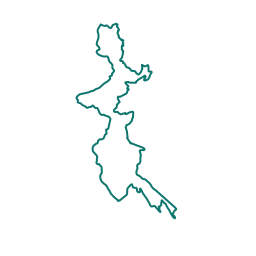 SVG path tracing the border of F.A.T.A., rotated 326°
{"feature_id": "PAK-1112", "entity_name": "F.A.T.A.", "entity_type": "Territory", "adm_level": 1, "iso_a3": "PAK", "parent_name": "Pakistan", "parent_adm1": "", "projection": "equal_earth", "projection_center": [70.829, 33.002], "detail": "fine", "context": "isolated", "style": "outline", "palette": "teal", "viewbox_px": 256, "rotation_deg": 326, "n_neighbors": 0, "source": "natural_earth", "source_scale": "10m", "svg_char_len": 5818}
<svg xmlns="http://www.w3.org/2000/svg" viewBox="0 0 256 256"><g transform="rotate(326 128 128)"><path d="M147.9,46.9L148.6,46.6L149.0,45.5L149.1,44.3L148.7,42.0L148.8,41.2L149.2,40.6L151.9,38.2L153.4,37.3L153.9,36.8L156.0,33.6L156.5,31.8L157.3,30.2L158.6,29.1L163.3,27.0L164.0,28.2L165.3,30.0L166.2,30.6L167.7,31.0L168.6,33.7L168.6,34.3L169.3,35.2L170.1,35.6L170.4,35.5L172.1,34.5L173.1,34.2L174.5,34.4L175.6,34.8L176.2,34.8L176.5,35.1L177.1,36.2L177.1,36.4L176.5,36.7L176.0,37.5L175.6,37.5L175.4,37.8L175.6,38.4L175.7,39.1L175.5,41.3L174.7,42.0L174.1,41.8L172.9,43.1L172.5,43.3L171.9,45.6L171.9,46.5L171.0,47.7L171.5,49.7L171.5,49.9L171.7,50.7L171.7,51.4L172.1,51.5L172.5,51.5L173.0,52.8L172.1,53.3L171.7,53.7L171.5,54.6L171.6,55.0L171.0,55.5L170.4,55.6L170.2,56.5L170.2,57.1L169.8,57.0L169.4,56.6L169.0,56.5L167.9,57.6L167.8,58.3L166.8,59.2L167.0,59.9L166.7,60.8L167.0,61.2L166.9,61.8L165.6,63.0L165.3,63.7L163.0,65.6L162.6,66.2L159.6,67.1L159.4,67.5L159.4,68.0L159.3,68.3L159.6,68.6L160.2,68.9L160.8,69.4L160.9,70.4L160.4,71.0L160.3,71.3L160.9,72.1L161.1,73.4L161.1,73.9L160.8,74.9L160.7,75.9L160.9,76.5L161.1,77.2L162.0,78.2L162.6,79.3L162.8,80.4L162.7,81.8L162.8,82.3L163.5,83.0L164.9,84.2L165.6,85.0L165.6,87.1L166.0,88.5L166.3,89.2L166.8,89.5L167.6,89.5L169.4,89.1L171.6,87.8L172.9,86.9L173.4,86.3L174.6,83.8L174.8,83.6L175.2,84.0L175.7,85.5L176.4,86.2L177.0,86.5L178.2,86.8L179.3,86.8L179.5,87.0L179.7,87.5L179.4,88.3L176.8,92.5L177.0,92.9L178.8,94.3L178.9,94.7L178.8,95.0L178.4,95.3L176.7,96.0L173.5,98.2L172.4,98.7L171.6,98.8L170.0,98.6L168.7,98.0L168.4,97.9L168.2,97.3L168.5,96.7L170.3,96.0L171.2,95.4L171.4,95.0L171.4,94.6L171.0,93.9L170.5,93.8L169.7,94.1L163.6,93.6L162.7,93.9L161.1,94.0L160.3,94.3L160.1,94.7L159.6,94.7L159.1,94.5L157.9,93.4L156.0,92.3L155.1,91.6L154.4,90.9L154.2,90.2L153.9,89.8L153.3,89.8L152.2,89.0L151.3,88.8L151.2,88.9L151.1,89.1L151.1,91.3L151.7,93.0L151.7,93.6L150.3,94.2L149.4,94.9L149.3,95.3L149.4,95.6L150.0,95.9L150.2,96.2L150.0,96.5L148.0,97.1L146.9,98.1L145.8,98.5L139.5,97.8L138.8,97.6L137.5,96.6L136.9,96.7L136.4,97.2L135.9,98.7L135.7,99.6L135.8,101.2L135.5,101.7L134.8,101.7L133.7,102.2L132.0,102.4L131.6,102.8L130.4,104.2L130.0,104.5L129.6,104.7L128.4,104.7L126.8,105.1L125.9,105.8L125.7,106.5L125.8,106.9L126.5,107.7L128.2,108.7L128.5,109.2L128.8,111.1L129.8,112.7L130.7,113.1L131.7,113.2L132.9,113.8L134.1,114.0L133.9,115.1L134.1,115.5L138.3,116.0L140.5,116.8L140.9,117.2L141.1,117.6L141.0,118.0L140.4,119.0L137.9,122.2L136.7,122.6L135.4,124.0L134.6,124.4L131.7,125.3L129.7,125.1L128.4,124.8L127.6,125.4L127.0,126.0L126.4,126.3L125.1,130.5L124.1,132.2L122.5,135.4L122.2,135.7L121.8,135.7L121.7,136.1L121.6,138.9L121.7,140.4L121.5,142.1L122.2,142.3L122.8,143.4L129.5,152.9L129.9,154.3L129.9,154.7L129.3,155.2L128.8,155.2L126.2,153.5L125.4,153.3L125.0,153.5L124.5,154.4L124.0,156.4L123.5,157.5L122.6,158.7L121.2,160.1L120.2,161.9L119.2,162.9L117.9,163.8L117.4,163.9L116.5,163.6L115.3,163.8L114.8,164.1L114.4,164.5L113.9,165.6L113.2,166.8L111.4,168.1L110.5,169.0L109.6,170.3L109.5,170.7L109.4,171.8L110.6,174.0L111.2,175.8L111.5,177.7L111.9,178.6L113.5,180.1L115.0,185.8L115.1,188.2L114.8,189.8L115.2,192.9L115.9,194.3L122.4,219.4L122.7,221.8L122.5,222.4L120.3,222.6L118.4,223.5L117.0,224.3L116.8,224.6L116.7,225.1L117.0,227.0L117.1,227.8L116.7,228.8L116.5,229.0L116.3,229.0L116.0,228.6L115.6,226.9L115.6,225.6L115.7,223.5L116.3,219.0L116.2,215.5L116.7,212.7L116.8,212.1L116.7,211.5L116.1,210.5L116.0,210.0L115.9,209.3L115.9,208.0L115.8,207.4L115.5,206.9L115.3,206.9L114.3,208.4L113.5,208.8L112.8,210.2L112.4,210.5L112.1,210.6L111.2,210.5L110.6,211.0L110.2,210.9L109.9,210.6L109.5,210.5L109.1,212.2L108.5,213.0L108.4,213.3L108.2,214.3L108.2,215.4L108.0,215.6L107.5,215.1L106.7,208.5L106.2,207.3L105.8,207.0L105.1,206.9L103.8,206.3L103.3,205.8L103.2,205.3L103.3,204.1L103.7,202.2L103.8,198.9L104.0,197.7L103.8,190.4L104.0,189.3L104.2,188.3L104.4,185.3L104.1,185.1L103.8,185.2L102.8,187.1L101.9,187.7L101.6,187.7L101.2,187.5L100.5,186.6L100.3,186.0L100.3,185.5L101.4,183.2L101.4,182.7L101.3,182.2L99.9,181.2L99.1,180.2L99.0,179.8L99.0,179.4L99.7,177.7L99.8,177.0L99.6,176.8L98.5,176.6L95.1,177.4L93.3,178.2L92.7,178.8L91.7,180.5L90.4,182.0L89.7,182.5L88.3,182.9L87.6,182.8L81.7,183.3L80.9,183.5L80.4,183.5L80.1,183.0L79.1,182.9L79.2,182.6L79.1,181.9L77.9,177.9L77.1,173.0L77.2,171.8L77.5,169.6L77.5,167.4L77.9,164.0L77.7,162.9L76.7,160.0L76.3,157.7L76.5,155.6L77.3,153.6L78.5,151.9L79.3,151.3L80.9,150.7L81.6,150.0L83.7,146.5L84.2,145.5L84.3,144.9L83.9,143.1L83.8,141.8L82.8,141.2L82.5,140.8L82.3,140.4L82.3,139.4L82.7,138.7L84.0,137.6L85.0,136.1L86.3,135.0L86.7,133.4L85.9,127.8L86.7,126.0L87.8,124.5L89.1,123.6L90.7,123.3L91.5,123.4L92.7,123.1L93.8,123.5L94.5,123.3L96.4,121.8L97.9,121.5L100.5,123.0L102.2,122.8L105.1,120.8L105.5,120.7L106.6,120.8L107.1,120.6L107.4,120.1L108.7,117.4L109.2,117.1L110.1,117.5L111.0,117.6L111.7,117.1L118.4,110.8L118.7,109.1L118.1,107.5L116.0,104.9L115.5,103.7L115.3,103.4L113.9,102.8L113.3,102.0L113.0,101.1L112.8,100.1L112.9,99.1L113.7,95.8L113.7,94.6L113.6,94.2L112.6,93.6L112.1,93.0L111.9,92.2L111.6,90.2L111.2,89.6L109.5,89.9L107.4,88.9L105.9,88.7L105.3,88.3L104.3,85.5L103.3,84.0L103.0,83.2L102.5,81.2L102.1,80.5L101.0,79.2L100.8,78.5L102.0,76.9L102.1,76.2L101.9,75.4L102.0,74.6L102.7,73.8L103.7,73.4L105.8,73.1L107.1,73.2L115.5,76.5L117.7,76.7L119.1,77.4L119.8,77.7L123.0,77.8L126.2,78.6L127.4,78.6L132.6,77.8L137.9,77.9L140.7,77.3L141.4,75.8L141.5,75.1L141.9,75.0L143.0,75.3L143.7,75.4L144.2,75.2L144.7,74.7L145.2,74.0L147.9,73.3L148.5,72.6L148.7,71.7L148.5,70.0L148.9,69.0L150.0,67.6L150.3,66.9L150.3,65.7L149.8,62.8L149.8,61.9L151.0,58.3L150.8,57.0L148.0,55.3L146.8,54.0L145.7,52.5L144.9,51.2L144.5,50.2L144.3,49.1L144.4,47.9L144.8,47.0L145.5,46.7L146.3,46.7L147.9,46.9Z" fill="none" stroke="#0f766e" stroke-width="2"/></g></svg>